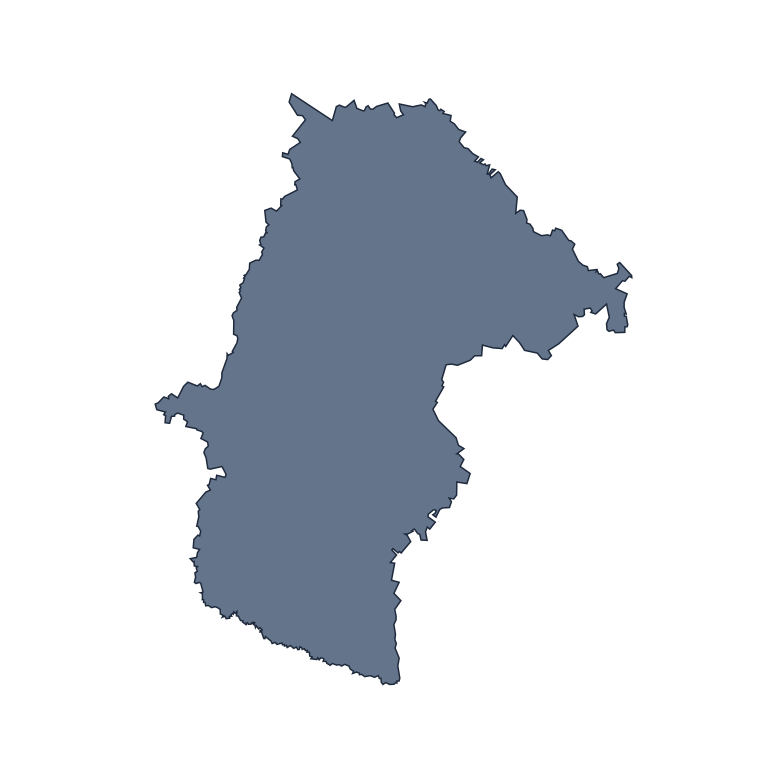 outline of Sahagún, Córdoba, Colombia, rotated 21°
{"feature_id": "7082276B34877429512170", "entity_name": "Sahagún", "entity_type": "district", "adm_level": 2, "iso_a3": "COL", "parent_name": "Colombia", "parent_adm1": "Córdoba", "projection": "albers", "projection_center": [-75.428, 8.796], "detail": "fine", "context": "isolated", "style": "filled", "palette": "slate", "viewbox_px": 768, "rotation_deg": 21, "n_neighbors": 0, "source": "geoboundaries", "source_scale": "gbopen_adm2", "svg_char_len": 6170}
<svg xmlns="http://www.w3.org/2000/svg" viewBox="0 0 768 768"><g transform="rotate(21 384 384)"><path d="M194.4,154.8L206.9,164.1L211.7,162.7L216.0,165.5L209.7,185.5L215.4,185.8L219.3,188.4L211.9,198.8L212.1,204.0L206.6,204.4L207.6,208.1L215.4,207.7L219.2,211.5L220.8,215.0L221.5,214.6L223.4,217.4L231.9,222.7L228.4,227.1L229.3,230.0L230.3,229.6L233.6,233.8L224.0,244.5L222.9,247.9L221.4,248.1L223.5,254.2L224.6,254.1L221.7,261.1L215.5,260.3L210.5,264.7L215.9,275.3L219.5,276.6L217.9,279.5L218.6,283.3L220.6,284.8L219.3,285.2L219.0,289.8L216.5,291.0L216.5,294.5L218.9,297.8L218.0,298.8L223.2,300.1L222.5,304.7L224.1,306.5L223.1,313.2L219.9,314.4L215.3,319.3L217.2,325.3L216.0,331.3L214.5,332.7L215.7,333.2L215.0,335.5L216.0,335.6L216.2,339.9L213.9,343.3L215.9,345.6L215.1,347.4L216.5,348.6L216.0,350.5L220.2,354.8L219.0,365.1L220.3,367.8L217.9,371.7L217.7,374.7L221.0,378.5L225.8,391.5L229.4,391.6L231.1,393.7L232.0,398.2L230.7,407.9L232.0,408.5L228.4,413.0L226.7,411.9L228.3,416.6L228.6,431.5L230.4,436.4L230.7,445.3L227.3,449.9L224.1,451.0L217.4,449.4L215.2,451.7L212.4,449.5L210.5,452.7L200.2,452.6L197.8,457.9L196.4,470.9L189.1,469.3L187.1,472.7L188.3,474.9L183.1,475.0L180.0,482.3L177.6,484.8L181.1,489.4L190.0,488.5L189.3,491.6L191.4,491.7L193.5,498.6L197.9,497.5L197.2,490.3L200.0,489.1L199.7,487.6L201.7,485.1L208.2,484.9L209.6,488.6L214.1,489.6L214.2,494.7L225.1,492.9L225.8,493.9L230.8,493.6L232.7,494.6L232.6,500.5L240.2,501.4L242.2,505.1L240.4,508.4L240.4,512.5L244.4,516.7L249.8,526.0L252.2,525.8L262.3,519.1L269.1,525.1L269.0,528.1L260.5,529.2L261.4,533.6L256.0,534.3L256.8,540.6L255.5,541.8L259.9,545.2L256.4,548.7L251.5,562.8L257.1,567.3L256.2,569.4L258.7,574.4L260.1,583.9L261.6,583.6L265.6,587.1L266.3,591.9L264.5,591.7L262.2,597.1L264.6,605.3L271.1,604.5L270.3,608.3L271.2,613.0L265.7,616.5L269.7,618.5L270.4,617.8L272.0,621.8L275.3,621.3L274.5,622.9L276.8,625.8L275.1,628.0L277.3,631.7L278.1,637.2L280.1,637.6L282.6,635.5L284.2,635.6L289.2,642.4L289.5,643.4L287.6,644.6L289.5,644.7L291.8,650.2L290.9,650.6L293.0,650.1L293.8,652.5L295.3,652.1L297.0,655.0L299.6,653.7L303.0,654.6L306.5,652.3L309.7,652.6L311.9,653.2L313.6,657.3L316.9,657.7L316.6,659.7L318.6,657.8L320.7,659.7L323.9,657.9L322.9,656.5L325.0,655.3L323.8,654.6L325.0,652.3L325.8,652.7L325.5,650.5L327.4,651.4L328.3,649.2L329.3,653.3L331.3,653.0L334.8,656.2L337.2,655.7L337.3,656.9L342.2,658.3L340.6,657.2L342.1,655.7L343.5,656.9L346.0,655.8L346.2,654.4L347.4,654.6L347.3,653.2L348.9,653.2L348.5,655.3L350.0,655.3L351.3,657.5L351.6,655.6L354.8,657.6L355.4,655.9L358.1,656.8L358.4,658.0L356.6,658.3L357.1,660.0L358.4,659.3L363.0,664.7L364.1,664.4L363.9,662.3L370.7,664.5L372.6,666.4L375.0,664.2L377.3,665.5L381.6,662.4L382.7,663.9L384.4,662.9L385.0,664.3L386.7,663.0L388.0,664.7L390.5,661.7L394.4,663.2L396.5,661.0L398.8,662.9L400.1,662.1L399.7,659.4L401.9,659.8L402.7,661.1L404.5,659.6L406.1,661.0L407.9,660.3L408.0,661.9L410.4,661.2L412.2,664.6L414.9,664.7L414.2,666.7L420.0,665.3L420.3,663.3L422.3,664.7L423.1,662.3L425.2,661.9L426.4,662.3L426.6,664.8L429.4,663.7L430.6,665.2L434.6,665.9L436.0,663.4L440.6,663.4L442.9,661.9L445.3,662.6L447.8,659.8L452.3,659.9L454.8,662.3L458.5,663.1L458.4,665.5L461.6,662.8L464.6,662.8L465.3,664.2L467.2,663.1L470.8,664.1L475.8,661.2L480.3,661.2L483.1,658.3L485.3,660.6L486.7,659.9L488.3,663.4L490.7,664.9L492.7,662.1L497.0,662.5L501.1,660.6L501.8,658.6L503.2,658.6L502.5,656.7L504.5,655.9L504.2,653.0L497.9,642.2L496.4,634.5L489.0,626.6L488.5,621.8L485.8,618.8L484.4,613.6L479.4,605.0L479.8,600.0L478.5,596.4L474.8,590.6L477.4,580.2L468.3,575.9L469.2,563.7L461.3,564.5L458.2,547.5L453.9,548.4L457.0,539.2L450.7,536.1L451.3,534.4L457.6,536.6L458.4,534.9L460.6,535.6L465.4,521.6L459.8,516.9L457.4,516.6L459.9,515.5L463.8,511.1L462.6,510.8L464.3,508.5L469.3,511.6L471.3,511.6L474.5,516.4L480.3,514.5L475.7,507.1L475.7,502.0L478.7,503.1L481.4,494.6L472.6,492.2L472.0,489.6L475.4,483.6L476.8,483.3L478.0,483.4L478.1,486.1L476.4,488.6L480.2,489.7L481.0,481.1L483.3,478.6L489.4,475.9L489.1,469.7L485.7,467.2L490.3,466.3L491.6,461.7L487.1,449.4L497.1,447.3L496.5,436.7L484.7,433.7L485.6,425.9L478.7,422.7L477.0,423.1L481.8,415.7L475.4,414.5L470.6,408.4L448.0,398.7L438.7,390.0L440.4,382.1L438.3,381.7L440.8,365.3L438.7,365.0L439.0,361.1L436.3,359.1L435.1,343.8L439.9,341.2L445.9,340.2L456.0,330.9L458.5,325.2L465.0,322.6L462.0,312.4L472.8,311.2L481.6,308.6L482.5,304.1L484.2,305.3L486.9,292.6L495.5,296.7L503.2,302.2L516.0,300.2L522.7,303.9L528.1,302.5L530.1,297.5L525.4,293.8L532.7,283.9L544.4,260.5L536.6,251.0L541.6,251.5L545.3,249.7L546.3,247.5L544.0,242.4L549.3,239.2L552.0,241.1L551.4,243.0L556.5,242.8L563.1,229.6L570.4,241.0L570.1,247.9L572.8,253.4L575.0,254.2L579.0,251.4L581.5,253.2L590.3,249.5L588.4,244.3L590.4,243.5L590.4,241.5L585.9,234.0L584.2,234.5L583.1,232.0L585.0,231.8L580.8,226.6L578.9,221.6L578.7,212.7L566.1,212.0L569.6,202.1L572.1,201.7L574.4,195.5L577.2,195.9L576.3,194.0L560.5,186.1L558.8,188.6L561.9,192.0L562.2,197.1L551.0,206.0L546.5,203.5L545.2,204.3L542.7,201.9L541.8,203.1L541.8,200.8L534.2,204.8L531.8,201.6L527.2,201.8L521.5,199.8L511.6,190.6L512.0,185.1L507.2,183.3L505.0,183.7L494.8,176.8L488.5,177.0L488.4,179.8L486.2,179.9L486.3,186.0L483.4,186.1L477.8,189.1L468.9,188.2L467.3,185.4L463.0,182.4L459.5,182.7L458.5,179.1L452.2,172.1L448.8,173.0L445.8,177.5L441.4,161.7L426.0,154.4L417.2,146.0L414.6,144.9L410.1,153.1L407.9,150.8L411.1,144.1L407.9,144.6L406.3,150.7L405.1,151.0L404.1,141.6L401.0,143.6L399.5,142.4L398.2,143.6L394.1,143.3L396.5,139.0L393.7,138.7L391.8,143.3L388.8,143.5L390.8,138.2L384.2,137.1L378.1,134.1L374.2,134.7L367.4,130.9L367.3,126.9L369.9,119.5L362.5,119.6L356.6,116.0L351.6,114.9L350.4,109.3L342.1,110.3L342.5,108.0L338.6,107.1L338.1,108.8L336.3,108.7L333.0,105.3L325.2,101.3L324.0,102.0L323.5,106.3L321.0,106.5L322.5,107.3L323.0,110.3L318.8,110.1L311.4,114.9L297.9,117.1L301.7,123.1L305.6,125.7L300.4,130.8L296.8,129.0L296.7,127.4L286.9,120.3L277.6,127.5L275.1,131.5L272.7,132.1L269.4,129.9L267.9,131.9L267.8,135.8L266.2,136.5L259.9,136.4L254.4,129.9L249.5,138.8L248.2,139.8L242.5,139.6L240.1,142.1L241.4,156.6L193.7,146.1L194.4,154.8Z" fill="#64748b" stroke="#1e293b" stroke-width="1.5"/></g></svg>